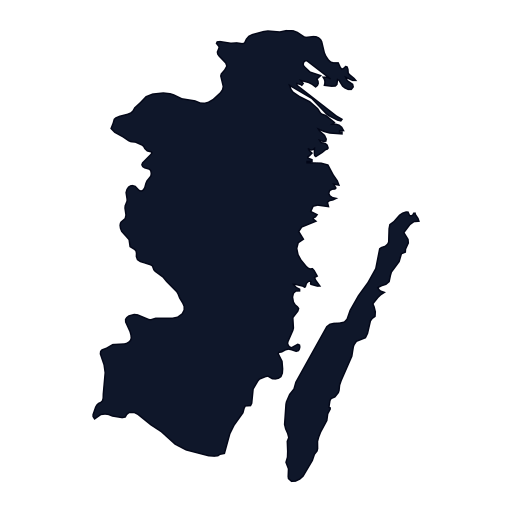 SVG path tracing the border of Kalmar
{"feature_id": "SWE-180", "entity_name": "Kalmar", "entity_type": "County", "adm_level": 1, "iso_a3": "SWE", "parent_name": "Sweden", "parent_adm1": "", "projection": "robinson", "projection_center": [16.294, 57.172], "detail": "fine", "context": "isolated", "style": "filled", "palette": "ink", "viewbox_px": 512, "rotation_deg": 0, "n_neighbors": 0, "source": "natural_earth", "source_scale": "10m", "svg_char_len": 6020}
<svg xmlns="http://www.w3.org/2000/svg" viewBox="0 0 512 512"><path d="M338.2,62.9L340.2,67.3L341.8,69.3L343.8,68.3L345.7,66.5L347.1,67.0L347.9,69.3L348.2,73.1L349.3,74.5L354.1,78.5L355.7,80.4L352.6,80.4L345.6,77.2L347.3,80.7L352.6,84.3L353.2,86.9L351.3,89.4L348.2,89.4L344.9,87.9L342.6,86.1L339.0,80.2L337.5,79.5L336.9,84.4L335.3,86.0L331.6,86.2L324.4,85.3L324.9,83.2L324.9,81.1L324.3,79.1L323.1,77.2L327.1,77.3L330.6,79.0L306.9,60.7L305.2,60.8L303.8,62.0L303.1,64.1L303.6,65.8L305.0,67.4L310.0,72.1L320.6,75.6L316.9,79.0L318.0,81.3L318.2,83.5L317.4,85.4L315.6,86.9L312.2,84.3L308.7,82.5L300.7,80.4L303.2,83.5L301.8,85.3L300.5,84.4L296.9,83.5L296.9,85.3L336.3,116.0L342.0,119.3L340.8,120.9L337.6,120.1L328.9,115.7L326.3,113.7L311.8,98.4L289.5,85.3L291.0,89.5L293.0,92.2L299.3,96.5L309.7,101.7L317.6,108.7L320.1,112.6L321.5,114.0L325.8,115.5L334.4,122.5L332.0,124.3L335.8,124.2L339.1,125.2L341.7,127.3L343.5,130.6L339.5,130.6L339.5,132.2L342.0,132.2L342.0,133.9L329.7,133.0L324.1,131.5L318.3,129.0L319.6,131.1L324.5,135.4L326.2,139.1L325.8,141.1L323.4,141.4L319.5,140.2L321.0,142.6L325.3,143.5L327.1,145.1L328.1,148.0L327.3,149.1L325.6,149.6L322.2,152.4L315.8,156.5L314.7,155.6L314.3,153.4L314.5,148.4L313.0,149.6L311.4,150.0L309.7,149.6L308.0,148.4L309.8,151.2L312.0,153.1L309.3,155.9L308.0,156.5L308.0,158.1L312.0,159.7L312.0,161.4L307.0,161.4L307.0,162.8L321.2,163.2L327.9,165.0L333.1,174.8L337.3,180.9L338.9,185.1L333.5,184.1L335.9,188.0L334.9,189.0L332.2,189.2L329.7,190.5L328.7,193.3L329.8,195.8L332.4,197.6L336.0,198.4L332.9,199.9L329.5,200.6L327.4,202.3L328.5,206.6L317.6,205.1L313.1,206.2L310.7,211.5L317.1,214.7L315.4,216.9L313.4,217.9L313.0,218.9L315.9,221.2L301.7,227.0L298.7,231.5L303.4,239.2L298.2,242.7L296.7,248.4L298.0,254.7L300.9,260.0L306.2,266.5L308.2,268.2L310.1,269.0L312.4,268.7L314.1,270.6L317.2,276.1L314.5,277.5L315.6,280.2L319.8,286.0L317.4,286.1L310.9,284.3L310.6,283.7L310.9,281.6L309.5,281.1L308.4,281.4L306.4,283.3L305.3,286.8L304.5,287.2L303.1,286.2L295.7,284.4L293.4,284.3L296.2,287.5L299.6,289.2L299.6,290.9L295.8,291.0L293.4,293.2L292.5,297.1L293.4,302.1L295.2,305.0L297.4,306.8L298.6,308.5L297.8,311.1L292.8,317.6L293.4,328.0L292.8,330.4L287.8,341.8L287.6,344.0L289.1,346.6L291.4,347.8L297.8,344.3L299.5,345.1L299.8,347.0L299.3,349.1L298.4,350.6L296.2,351.3L291.2,349.6L288.4,349.1L285.5,349.8L281.7,351.9L278.9,352.4L278.1,353.6L282.0,361.3L282.6,368.9L282.3,373.2L280.9,376.6L278.5,378.2L275.4,378.9L272.3,378.7L267.9,376.1L265.5,376.6L259.4,379.1L257.8,381.0L253.1,389.0L251.7,403.2L250.5,405.6L245.3,405.9L244.1,408.2L242.9,412.8L234.0,425.2L229.8,433.7L224.4,453.4L219.9,454.3L217.9,455.7L214.3,456.1L208.5,455.7L186.2,449.9L175.2,444.2L161.3,431.6L150.9,424.8L137.9,414.3L134.4,412.5L129.0,412.5L126.6,414.5L125.2,417.0L122.2,417.6L112.4,416.0L108.4,414.4L105.0,414.0L100.8,414.5L94.6,418.9L93.1,416.5L93.1,414.6L95.7,407.1L97.0,404.9L98.6,403.4L100.9,402.4L102.5,400.8L103.2,398.2L103.3,394.1L105.2,372.7L104.1,364.8L100.4,353.9L100.7,351.4L102.0,349.9L106.6,348.2L112.8,344.6L124.3,344.0L126.7,343.4L129.0,342.0L130.6,340.3L131.3,338.0L131.0,335.0L130.1,331.6L125.7,322.0L125.6,319.4L126.8,317.6L129.0,315.9L134.2,314.5L137.6,314.9L148.9,319.6L150.8,319.8L155.6,318.3L172.4,318.3L177.7,317.2L182.2,313.9L184.2,310.1L184.2,306.4L182.9,303.3L179.7,298.0L178.1,293.9L176.8,291.7L166.6,281.4L163.1,277.1L155.2,271.3L153.9,269.8L152.4,265.8L150.4,264.7L140.3,261.5L137.5,259.6L136.4,256.6L136.5,253.2L136.1,251.1L134.8,249.5L130.1,246.6L129.1,239.6L121.7,231.3L120.5,228.2L120.1,225.3L120.5,223.2L121.1,222.1L125.2,218.6L126.0,215.1L125.0,208.1L125.2,205.8L127.1,201.1L127.1,199.1L126.1,192.6L127.0,189.5L128.6,187.1L130.6,185.9L132.4,185.6L135.2,186.4L138.8,190.2L140.2,190.9L141.7,191.0L143.3,190.0L144.8,187.6L145.9,183.5L147.0,180.9L150.8,176.2L151.3,173.9L151.0,171.5L150.3,169.9L148.9,169.0L144.7,167.8L142.8,166.6L141.9,164.8L142.6,162.9L151.2,154.2L151.9,152.7L151.3,151.9L147.3,150.9L144.9,148.6L143.7,146.4L142.2,145.1L135.5,142.1L130.8,141.6L128.7,140.7L123.0,136.8L114.8,132.3L111.1,128.5L113.2,123.2L114.3,119.3L115.9,117.9L119.7,116.3L127.6,114.3L131.0,112.9L133.1,110.9L134.8,107.8L140.5,102.6L146.1,96.7L152.7,94.1L163.3,93.0L170.3,93.8L173.7,94.9L181.8,98.8L194.9,100.9L200.3,103.1L204.7,103.3L208.4,102.3L213.2,99.5L220.5,92.8L222.6,89.7L223.3,86.5L220.8,76.0L221.3,74.0L224.8,69.9L226.9,66.1L225.8,63.0L219.2,56.1L217.8,54.1L217.4,52.0L218.9,48.3L219.2,46.8L216.5,43.4L217.2,41.9L220.1,41.6L230.9,43.3L236.7,42.9L242.2,43.7L244.5,43.2L246.4,39.2L248.9,36.3L252.4,34.6L263.5,31.6L267.9,31.0L279.8,32.0L286.0,30.7L293.1,30.8L297.3,32.4L304.4,37.1L306.4,37.4L313.3,36.6L316.1,36.8L318.6,37.9L320.6,39.7L321.7,41.8L324.3,52.8L325.7,56.0L328.3,59.9L330.7,62.1L333.5,62.9L338.2,62.9ZM418.9,221.2L413.9,221.6L409.9,224.5L403.8,232.6L408.0,239.4L408.3,243.0L405.5,249.1L405.3,252.1L401.4,253.7L399.1,261.6L391.4,272.0L390.4,275.4L389.1,281.6L385.9,284.3L381.8,285.6L377.8,287.6L378.9,289.6L380.4,291.0L384.3,292.4L380.6,294.8L377.9,297.4L372.8,303.8L374.1,306.9L375.3,311.8L375.0,316.4L372.2,318.4L370.4,320.9L367.5,333.4L365.4,337.7L356.4,341.3L354.1,344.6L353.3,346.8L351.8,356.2L341.2,380.4L339.6,385.0L339.0,390.5L338.3,392.6L334.9,396.9L331.1,398.5L329.9,400.6L328.9,407.1L330.1,407.8L330.2,409.0L327.7,413.8L326.8,420.5L320.6,432.0L318.7,436.9L317.5,441.3L317.6,448.6L317.0,451.0L314.4,454.3L312.3,460.5L303.0,476.2L299.7,479.1L295.5,481.1L291.5,481.3L288.5,478.6L288.2,476.5L288.5,468.8L286.0,462.3L287.5,457.2L287.7,451.4L287.3,441.3L288.8,437.6L287.7,433.4L285.7,428.9L284.6,424.4L286.0,404.1L286.5,401.8L289.7,394.4L294.0,389.0L295.9,382.2L326.8,326.7L329.9,324.3L333.8,323.4L339.4,323.2L344.4,322.1L347.1,319.2L350.2,310.3L358.5,295.7L368.0,282.6L375.8,268.6L379.7,248.8L381.4,247.6L385.3,246.3L387.7,244.1L388.7,242.1L389.1,228.7L389.9,224.6L394.0,221.6L399.6,215.2L402.6,213.2L406.1,212.0L408.0,212.1L409.5,215.5L411.1,215.9L412.7,215.2L413.8,213.2L415.1,213.2L415.2,214.3L418.0,218.5L418.9,221.2Z" fill="#0f172a" stroke="#020617" stroke-width="1.5"/></svg>